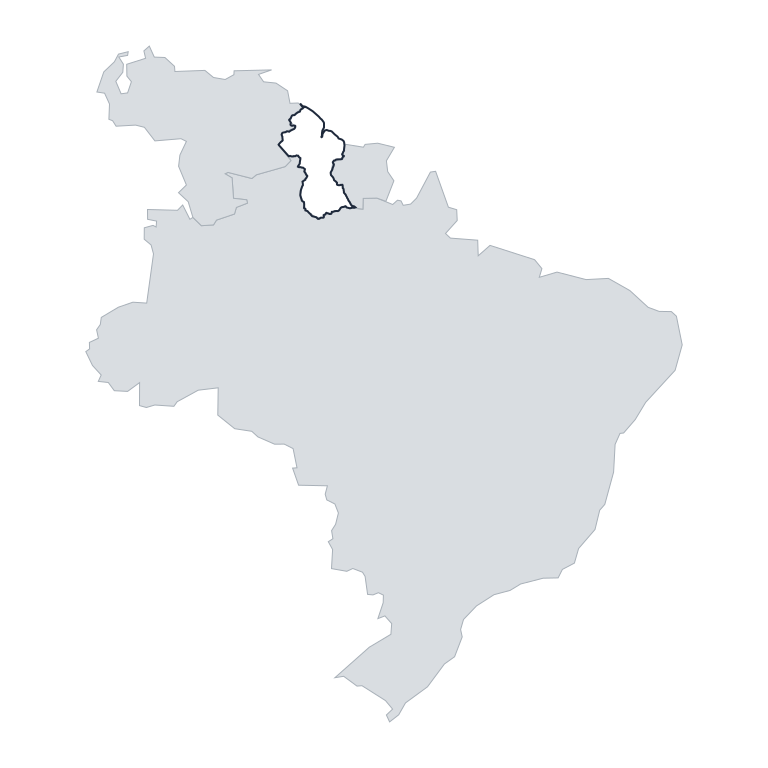 Guyana highlighted, orthographic projection
{"feature_id": "GUY", "entity_name": "Guyana", "entity_type": "country or territory", "adm_level": 0, "iso_a3": "GUY", "parent_name": "South America", "parent_adm1": "", "projection": "orthographic", "projection_center": [-58.817, 4.875], "detail": "fine", "context": "with_neighbors", "style": "outline", "palette": "slate", "viewbox_px": 768, "rotation_deg": 0, "n_neighbors": 3, "source": "natural_earth", "source_scale": "50m", "svg_char_len": 6836}
<svg xmlns="http://www.w3.org/2000/svg" viewBox="0 0 768 768"><path d="M389.6,721.9L386.4,715.0L392.6,709.1L385.5,700.6L362.0,685.7L357.0,686.1L343.7,676.3L334.9,677.7L369.3,647.2L390.9,634.3L391.7,623.6L384.9,615.9L377.9,618.6L383.2,602.7L383.4,595.1L378.4,592.7L373.0,594.9L367.6,594.4L365.1,576.4L362.5,572.2L352.8,568.5L346.8,571.3L331.5,568.6L332.6,549.5L328.3,541.7L332.9,538.7L331.6,530.6L335.6,524.3L338.4,513.0L334.9,504.0L326.8,499.9L325.2,494.2L327.4,485.8L298.6,485.2L292.6,468.1L297.0,467.8L293.1,448.6L284.2,444.1L274.6,444.2L257.9,436.9L251.8,431.3L234.7,428.7L217.8,415.1L218.2,387.8L198.2,390.2L177.2,401.7L173.9,406.3L154.8,405.0L146.4,407.5L139.5,405.6L139.6,382.6L127.6,391.4L114.3,390.7L108.3,382.5L98.3,381.4L101.2,375.0L92.5,365.5L85.8,351.6L89.6,348.9L89.4,342.4L98.4,338.2L96.6,329.8L100.3,324.5L101.3,317.4L118.4,307.2L132.9,302.2L146.7,303.1L153.5,253.9L151.1,245.0L144.2,239.2L144.3,227.8L153.0,225.4L156.1,227.0L156.6,221.1L147.6,219.3L147.5,209.5L177.5,210.3L182.7,205.0L189.9,219.3L192.9,217.4L201.4,225.7L213.5,224.9L216.5,220.1L234.5,214.0L236.4,207.4L247.5,203.1L246.7,199.8L233.5,198.3L232.1,177.9L225.1,173.8L228.0,172.4L251.9,178.5L256.4,174.8L285.2,166.6L290.9,160.7L288.8,156.3L296.9,155.6L300.6,159.2L298.5,166.1L303.9,168.5L307.5,175.8L303.1,181.3L300.6,194.6L305.7,209.8L315.4,217.1L323.1,217.9L324.8,214.8L336.8,211.4L341.9,207.2L362.9,209.2L363.2,198.4L376.9,198.1L392.7,204.5L397.5,200.2L401.0,200.9L403.2,205.3L410.6,204.1L416.6,198.1L430.4,172.1L435.6,171.3L448.4,207.2L456.7,209.7L457.2,220.5L445.5,233.5L450.4,238.1L477.7,240.2L478.2,255.8L490.0,245.4L534.6,259.7L541.9,268.6L539.3,277.3L557.0,272.1L586.1,279.6L608.4,278.4L629.9,290.6L648.1,307.3L659.1,311.4L671.4,311.6L676.4,316.2L682.2,344.9L675.1,370.3L645.7,402.3L635.2,419.6L623.6,433.0L620.0,433.4L615.1,444.4L613.6,472.1L604.8,504.4L599.7,510.2L595.0,529.5L578.6,548.5L574.4,563.1L562.4,569.4L558.1,577.9L543.1,578.2L520.6,584.0L510.1,590.4L494.0,594.7L476.5,605.9L463.5,619.5L460.6,629.5L462.2,636.9L454.6,656.7L444.4,664.0L427.5,686.8L405.5,702.9L398.7,714.8L389.6,721.9Z" fill="#d9dde1" stroke="#a8b0b8" stroke-width="1"/><path d="M278.3,144.3L290.9,160.7L285.2,166.6L256.4,174.8L251.9,178.5L228.0,172.4L225.1,173.8L232.1,177.9L233.5,198.3L246.7,199.8L247.5,203.1L236.4,207.4L234.5,214.0L216.5,220.1L213.5,224.9L201.4,225.7L192.9,217.4L188.2,201.7L178.5,192.7L186.4,185.0L178.6,166.3L179.9,155.1L186.4,141.4L181.0,138.7L154.9,140.9L144.4,127.3L135.6,125.1L116.1,126.2L112.6,120.7L108.9,119.3L109.5,104.0L104.6,93.2L96.9,92.0L103.8,71.9L114.4,61.8L118.5,54.1L128.2,51.7L127.6,55.4L118.8,57.0L123.4,64.2L122.8,72.3L115.8,81.3L121.1,93.8L127.6,92.9L131.4,81.7L126.9,76.1L126.7,64.3L145.6,58.3L143.9,50.9L149.3,46.1L154.3,57.1L164.9,57.5L174.5,66.3L174.9,71.5L204.9,70.4L213.5,77.5L225.2,79.5L233.9,74.7L234.1,70.8L271.6,69.9L258.5,74.4L263.6,81.8L276.0,83.1L287.6,90.8L290.0,103.3L298.1,103.0L304.1,106.7L291.8,115.9L290.4,121.6L295.7,127.4L282.3,132.8L282.6,140.0L278.3,144.3Z" fill="#d9dde1" stroke="#a8b0b8" stroke-width="1"/><path d="M385.9,201.3L376.9,198.1L363.2,198.4L362.9,209.2L354.4,208.0L344.8,194.4L342.8,185.5L337.8,185.5L330.8,174.1L332.8,162.4L342.3,158.3L344.8,144.2L363.4,147.2L365.1,144.4L377.7,143.2L394.4,147.3L386.4,160.8L387.7,171.6L393.9,180.8L385.9,201.3Z" fill="#d9dde1" stroke="#a8b0b8" stroke-width="1"/><path d="M288.7,156.2L285.4,152.5L282.1,148.8L278.8,145.1L278.6,144.6L280.0,142.9L281.2,141.7L282.2,141.0L282.7,140.3L282.4,137.7L282.4,136.7L281.9,135.7L281.6,134.5L282.0,133.5L282.5,132.8L283.1,132.6L284.7,132.3L285.7,132.2L286.1,131.8L286.7,131.4L287.6,131.4L289.2,131.7L289.9,131.1L291.2,130.3L294.2,128.9L294.9,128.0L295.3,126.6L295.3,126.0L295.0,125.7L294.2,125.5L293.1,125.5L292.2,125.8L291.3,125.6L290.5,124.8L290.5,124.0L290.9,123.0L290.7,122.4L289.2,120.2L289.2,119.7L290.3,118.7L290.9,117.9L291.7,116.0L292.4,115.3L294.5,115.1L295.0,114.7L296.0,113.7L297.6,112.5L299.9,111.6L300.5,109.9L300.9,109.4L302.7,108.5L303.0,108.1L303.0,107.6L300.1,103.8L300.7,104.1L302.9,106.6L304.2,107.1L304.4,107.1L304.4,106.5L305.6,106.8L308.5,108.5L312.8,111.3L318.8,116.6L320.5,118.6L321.7,119.5L323.5,121.9L324.0,123.0L324.0,127.5L322.4,130.5L322.0,132.8L321.9,135.9L321.0,137.6L322.2,136.7L322.6,133.9L323.6,132.3L325.0,130.4L326.8,130.0L328.8,130.8L330.3,130.9L331.7,131.4L334.7,134.4L337.6,136.7L338.6,138.5L341.7,139.5L343.5,140.9L344.1,142.2L344.5,145.5L343.9,150.6L344.0,150.8L343.2,151.8L343.1,152.4L342.5,153.5L342.1,154.2L342.7,155.5L343.4,155.6L343.7,155.8L343.9,156.0L343.8,156.3L343.6,156.6L342.9,156.9L342.3,157.8L342.3,158.6L341.9,159.1L340.7,159.3L338.2,159.3L337.0,159.4L336.0,159.6L335.4,160.1L334.6,160.5L333.9,160.6L333.4,161.3L332.8,162.2L333.0,162.9L333.6,163.7L333.9,164.6L333.5,166.1L333.0,167.2L332.7,168.0L332.3,169.6L331.3,171.4L330.7,172.4L330.7,173.5L331.0,175.1L333.0,177.3L333.6,178.4L334.1,180.2L335.9,181.5L337.0,182.7L336.9,184.1L337.0,184.6L337.7,185.0L338.6,185.2L339.5,185.2L340.3,185.1L340.5,184.9L342.4,184.8L342.6,185.2L342.7,187.3L342.8,188.2L343.3,188.5L343.5,189.0L343.6,189.5L343.7,190.7L343.9,191.3L343.9,192.6L344.1,193.0L344.6,193.4L345.3,194.3L345.5,194.4L345.7,194.7L346.2,196.0L346.5,196.4L346.8,196.9L347.2,198.1L347.5,198.4L348.0,199.2L348.3,200.2L349.0,201.3L349.7,202.1L350.0,202.8L350.9,204.6L351.8,205.8L353.0,206.1L354.0,206.3L354.7,206.8L355.3,207.3L354.6,207.5L354.0,207.8L353.2,207.6L352.1,207.7L350.9,208.1L349.8,208.3L347.7,207.7L347.0,207.6L346.6,207.4L345.7,206.3L345.3,206.2L344.2,206.7L342.9,207.1L342.2,207.0L341.5,207.4L340.7,207.8L339.4,210.0L338.7,210.7L337.9,211.1L336.4,211.0L334.7,211.1L333.5,211.6L332.4,211.9L331.8,211.9L331.6,213.1L331.4,213.6L331.0,213.9L330.1,214.0L329.3,214.0L328.8,213.5L327.9,213.3L327.1,213.1L326.6,212.8L326.2,212.9L325.9,213.4L325.6,213.8L325.3,214.5L324.1,214.8L323.6,215.2L323.9,216.6L323.8,217.2L323.5,217.6L322.1,217.7L320.8,217.7L320.1,218.2L319.2,218.8L318.7,218.9L318.0,218.9L317.2,218.2L316.4,217.3L314.3,216.7L312.2,216.2L310.9,214.8L310.6,214.1L310.0,213.8L308.4,212.2L307.5,211.1L306.5,210.8L305.4,210.4L305.5,209.6L305.4,208.9L304.9,208.6L304.3,208.4L304.0,208.0L304.1,207.0L304.2,204.5L304.0,202.1L302.6,201.3L301.9,200.7L300.8,197.2L300.3,195.6L300.3,194.4L300.7,190.9L301.1,189.4L302.2,186.3L302.9,185.3L302.9,184.5L302.8,183.5L302.5,181.6L304.4,180.3L305.3,179.8L305.4,179.0L306.4,177.9L306.9,176.9L307.3,176.1L307.2,175.7L306.7,175.5L306.2,174.7L305.1,172.6L304.7,172.2L304.3,171.5L304.5,170.6L304.9,169.6L304.9,169.1L304.2,168.6L302.9,167.6L301.7,167.6L300.8,167.2L299.6,167.2L298.5,167.1L297.9,166.7L298.1,166.2L298.3,165.7L299.2,164.6L299.8,163.5L299.8,162.4L300.0,160.9L300.3,159.6L300.4,158.1L299.1,157.2L298.6,156.4L298.1,155.7L297.4,155.7L296.5,155.4L295.0,156.3L293.9,156.1L293.1,156.5L291.3,156.4L290.1,155.9L288.7,156.2Z" fill="none" stroke="#1e293b" stroke-width="2"/></svg>